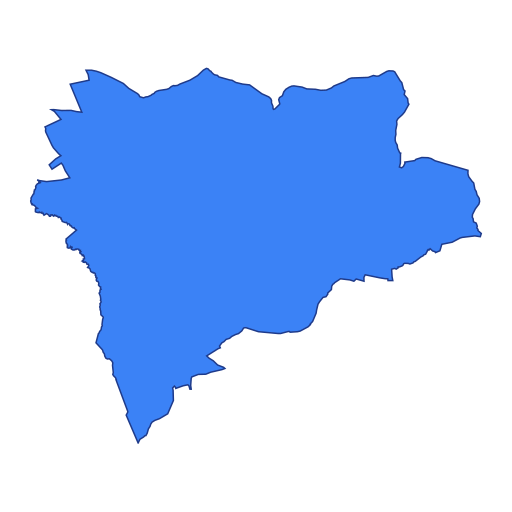 outline of Voslabeni, Harghita, Romania
{"feature_id": "2599482B3089153619350", "entity_name": "Voslabeni", "entity_type": "district", "adm_level": 2, "iso_a3": "ROU", "parent_name": "Romania", "parent_adm1": "Harghita", "projection": "robinson", "projection_center": [25.647, 46.621], "detail": "fine", "context": "isolated", "style": "filled", "palette": "blue", "viewbox_px": 512, "rotation_deg": 0, "n_neighbors": 0, "source": "geoboundaries", "source_scale": "gbopen_adm2", "svg_char_len": 5853}
<svg xmlns="http://www.w3.org/2000/svg" viewBox="0 0 512 512"><path d="M392.8,280.6L392.1,276.9L391.6,269.2L394.6,268.4L396.2,269.1L398.1,267.9L398.1,267.0L399.6,266.9L402.3,265.8L402.9,265.3L403.7,263.7L404.7,263.3L408.2,263.4L409.9,264.0L413.0,262.9L413.9,261.8L415.2,261.4L420.8,257.0L423.1,255.8L423.7,254.9L425.6,254.2L427.1,251.5L427.4,250.4L428.2,249.5L428.9,250.2L430.1,248.7L432.7,251.0L434.9,251.6L435.5,252.6L439.9,250.8L441.8,244.3L452.2,242.2L460.1,238.0L462.2,237.4L474.9,235.9L480.3,236.7L481.3,233.5L478.0,230.6L478.0,229.4L476.8,227.9L477.3,226.2L476.2,223.1L473.5,221.8L473.1,218.6L472.3,217.3L472.5,214.5L475.3,208.9L478.9,204.1L479.6,201.5L479.2,198.3L477.0,194.8L476.2,191.4L474.9,189.3L473.7,183.0L471.9,181.1L468.7,176.7L467.9,173.7L468.0,170.3L435.1,160.8L431.2,158.6L428.0,157.7L421.8,157.5L416.0,159.3L414.7,160.6L404.8,162.1L405.0,163.2L403.5,166.3L402.9,166.9L401.6,167.8L399.4,167.0L400.4,163.2L400.5,153.5L400.7,153.2L399.7,152.8L397.6,148.2L397.2,145.0L395.7,142.4L395.2,140.3L395.2,137.6L395.9,134.4L395.7,130.5L396.9,124.4L396.6,121.0L398.1,118.5L402.5,114.5L404.5,112.1L408.9,104.2L408.1,102.9L407.6,98.6L404.2,94.6L405.0,91.0L403.6,89.6L401.8,82.6L400.2,80.8L394.7,71.8L393.1,71.0L388.9,70.8L386.8,71.4L378.7,76.0L376.7,76.2L373.4,75.5L368.2,77.4L351.6,78.0L348.9,78.8L344.8,81.5L333.8,86.0L331.5,87.9L326.3,90.1L320.7,90.3L315.6,89.3L306.8,88.9L302.1,87.1L294.0,85.9L291.8,86.1L289.1,87.2L285.8,89.3L283.8,91.8L282.4,95.7L279.5,97.6L278.7,99.7L279.8,103.9L279.5,104.4L274.8,109.0L273.6,109.4L273.1,108.8L272.9,106.2L271.5,102.9L271.5,100.4L270.7,98.6L268.8,96.9L261.9,93.8L249.6,84.9L242.7,84.1L235.9,82.5L232.1,80.3L229.9,80.0L218.8,76.9L217.5,75.4L214.6,74.8L213.5,74.1L211.4,72.1L211.1,71.4L209.7,70.7L208.1,68.9L206.9,68.5L206.4,68.4L203.4,70.1L197.6,75.6L189.9,80.2L180.0,84.0L177.5,85.4L174.5,85.8L173.9,85.5L172.4,86.0L171.1,86.7L169.0,88.5L166.8,89.3L158.9,90.5L156.5,91.3L154.8,92.4L154.2,93.4L152.0,94.4L151.2,95.2L147.9,96.7L145.9,96.9L143.5,97.8L139.7,96.7L139.0,95.1L137.6,93.7L128.8,88.4L123.4,83.5L111.3,77.4L100.8,72.7L96.3,71.2L91.5,70.2L86.0,70.2L88.2,74.6L89.1,80.2L70.2,84.2L81.8,112.2L76.4,111.6L71.1,110.4L61.6,110.5L53.7,109.6L51.5,109.7L54.4,111.4L61.0,119.4L45.0,126.9L45.8,128.7L45.5,130.4L45.7,131.9L51.9,145.2L53.4,147.8L58.6,153.7L60.9,155.7L55.7,158.9L49.2,164.8L52.0,169.2L61.3,163.1L62.9,165.2L65.3,170.8L69.8,177.8L61.4,180.0L46.6,181.6L39.5,180.6L37.8,180.0L37.7,180.3L39.1,181.3L38.9,182.1L40.0,182.0L40.4,182.6L37.4,183.8L36.1,185.4L35.6,186.5L35.9,187.3L35.2,189.6L34.3,190.1L34.4,191.2L33.9,192.0L34.1,192.6L33.7,194.0L33.3,194.1L31.0,198.1L31.2,199.4L30.7,201.0L31.2,203.2L32.3,203.9L31.9,204.6L34.2,205.3L35.6,206.7L35.9,207.5L37.4,208.2L35.4,208.9L35.4,211.7L35.8,212.0L38.0,212.6L38.7,212.6L39.2,212.0L40.0,212.7L41.7,212.3L41.7,213.1L43.2,213.3L43.1,213.8L44.0,215.2L46.6,213.6L48.6,214.9L49.4,215.7L49.2,215.9L49.5,216.3L50.5,216.2L51.0,215.5L50.9,214.9L52.3,214.8L53.4,216.1L54.5,215.2L54.7,215.8L55.4,215.8L55.9,215.4L56.5,216.2L57.7,216.3L58.3,217.5L59.6,217.0L60.3,217.8L61.2,218.2L61.0,219.0L62.2,220.7L62.2,221.4L65.3,222.6L66.6,222.4L67.6,224.3L67.9,223.7L69.2,223.9L69.9,224.8L69.9,225.5L71.2,225.9L71.1,226.1L71.6,226.8L73.1,227.9L74.2,227.7L74.3,228.4L76.5,230.1L66.0,239.1L66.5,240.1L66.0,240.5L66.1,241.4L65.9,241.9L66.4,242.7L66.4,243.5L67.5,244.3L67.3,245.3L67.7,245.9L67.4,246.1L67.2,247.0L67.4,247.7L68.9,248.2L70.2,247.7L70.4,246.9L70.6,247.3L71.8,246.9L72.1,247.3L71.2,248.6L71.3,249.1L73.0,250.0L74.7,249.9L75.3,249.2L76.0,249.6L76.7,249.0L77.3,249.0L78.9,249.3L79.1,250.3L80.3,250.4L80.1,250.9L80.7,251.5L80.1,251.7L80.4,252.2L79.8,252.6L80.0,253.2L80.5,253.0L81.2,254.2L82.0,254.5L82.2,255.4L82.6,255.2L83.1,255.8L83.5,255.3L84.2,256.5L84.5,258.7L83.3,259.0L83.5,259.9L82.2,261.0L83.2,261.3L82.9,261.6L83.2,262.2L84.6,262.4L85.2,261.9L86.6,262.8L86.6,263.7L87.1,264.3L88.4,264.3L88.8,265.7L87.6,267.5L89.1,268.0L90.0,268.9L90.7,271.3L91.4,271.9L92.4,272.5L92.9,272.3L93.4,273.0L94.5,272.9L95.4,273.9L95.2,275.2L95.6,275.7L95.2,275.8L95.8,275.9L95.9,277.6L97.0,278.0L96.2,280.0L96.7,281.1L98.0,281.4L98.8,283.3L98.5,285.0L99.6,286.5L100.7,287.0L100.4,288.3L101.1,289.2L100.0,290.0L99.9,292.4L99.1,293.1L100.3,296.0L100.8,299.4L100.4,300.2L101.0,301.2L101.0,302.2L99.9,303.9L100.2,304.4L100.2,305.4L99.7,306.9L100.3,309.0L100.1,309.7L100.7,311.0L100.9,314.8L103.0,316.8L103.3,317.7L102.7,319.1L102.0,324.5L102.3,325.7L101.5,327.0L101.1,329.7L99.6,331.5L99.2,332.8L98.4,333.6L96.0,342.8L102.5,349.9L103.3,352.5L104.3,353.6L104.8,356.2L105.9,358.2L107.4,359.0L109.4,358.8L111.7,360.8L112.5,362.2L112.8,362.9L112.5,365.3L113.3,372.6L112.8,374.4L113.5,375.7L115.5,377.7L116.3,379.7L116.0,379.8L127.8,411.5L127.7,412.3L126.2,415.1L138.4,443.6L138.2,442.9L139.9,439.3L143.6,437.0L144.9,435.7L145.9,435.6L147.2,433.2L148.4,428.9L150.0,426.4L150.8,424.0L152.1,422.1L155.0,420.3L159.4,418.7L167.7,413.8L173.4,400.5L173.1,390.2L172.6,388.0L174.4,386.1L175.7,387.6L175.8,388.4L183.1,385.8L187.8,384.8L189.0,386.0L189.9,389.2L191.2,389.2L190.7,385.4L191.2,378.4L191.8,376.9L198.3,374.4L205.8,374.2L210.7,372.2L222.0,369.6L224.9,368.5L223.6,367.3L217.6,365.0L213.3,360.8L209.1,358.2L206.7,355.9L218.1,348.7L220.3,347.8L219.5,346.0L221.9,342.8L224.0,341.6L226.1,339.4L229.6,338.3L231.8,336.4L235.6,334.5L238.5,333.6L241.8,330.9L243.5,328.2L244.2,327.8L246.0,327.7L258.4,331.7L278.0,333.5L280.6,333.5L288.2,331.5L289.4,331.5L290.1,332.2L297.5,331.7L300.1,331.1L308.1,326.8L310.4,324.6L310.1,324.2L312.6,321.5L316.1,313.2L316.6,310.0L318.0,304.2L319.5,301.8L323.0,297.4L326.0,296.7L327.8,294.1L327.7,293.0L331.4,289.6L331.7,286.2L332.8,284.3L333.9,283.6L334.6,282.7L340.5,278.8L349.8,279.9L353.9,281.2L356.2,279.0L364.0,281.2L363.9,277.4L365.2,274.8L379.6,277.8L385.1,278.7L387.8,278.8L388.0,280.6L392.8,280.6Z" fill="#3b82f6" stroke="#1e3a8a" stroke-width="1.5"/></svg>